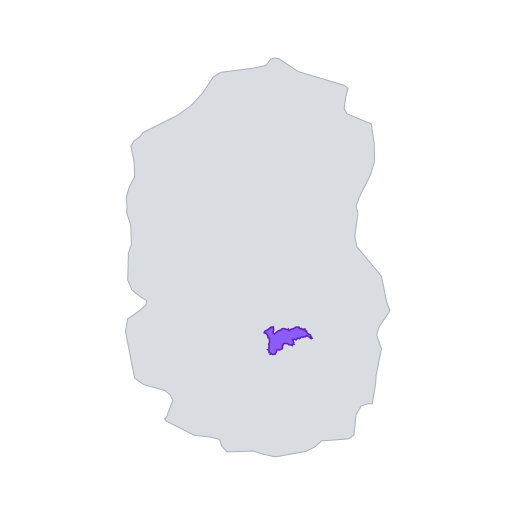 Krushevo, Kruševo, North Macedonia (highlighted), rotated 283°
{"feature_id": "65306769B95473368394754", "entity_name": "Krushevo", "entity_type": "district", "adm_level": 2, "iso_a3": "MKD", "parent_name": "North Macedonia", "parent_adm1": "Kruševo", "projection": "natural_earth1", "projection_center": [21.252, 41.35], "detail": "fine", "context": "in_parent", "style": "filled", "palette": "violet", "viewbox_px": 512, "rotation_deg": 283, "n_neighbors": 0, "source": "geoboundaries", "source_scale": "gbopen_adm2", "svg_char_len": 2365}
<svg xmlns="http://www.w3.org/2000/svg" viewBox="0 0 512 512"><g transform="rotate(283 256 256)"><path d="M230.5,131.0L239.1,132.0L257.7,127.1L269.3,120.2L275.2,119.2L283.1,116.5L294.4,116.9L305.9,119.9L320.4,116.0L334.7,109.5L340.5,111.1L346.7,116.6L350.8,118.1L374.7,147.0L387.7,158.7L403.1,167.5L420.7,174.0L427.0,180.2L438.4,211.0L443.8,222.7L451.2,226.1L453.0,229.5L453.4,234.0L445.2,255.6L442.1,304.0L440.0,307.9L431.2,307.7L419.6,308.7L415.1,312.5L410.6,338.6L391.9,346.0L374.9,350.2L360.5,349.3L335.3,343.1L327.0,342.4L320.0,345.9L297.5,347.8L287.6,352.4L264.4,382.9L240.9,393.4L232.9,398.8L214.9,392.0L206.3,391.3L193.8,399.1L166.5,399.9L159.2,401.2L138.1,402.5L137.3,398.3L133.4,392.1L123.6,389.2L103.5,391.7L98.6,387.2L90.5,361.3L84.0,357.1L76.8,348.4L64.7,320.3L64.4,307.9L65.3,297.2L58.6,271.9L62.8,265.6L69.1,261.6L69.2,251.4L67.4,236.0L74.9,205.7L76.9,203.5L78.8,205.0L96.8,207.4L101.4,203.5L104.4,197.6L105.4,175.4L109.7,165.2L153.1,145.8L165.9,145.1L175.6,154.0L183.4,159.7L188.1,159.5L189.7,153.8L195.0,142.7L203.9,136.4L230.3,131.0L230.5,131.0Z" fill="#d9dde1" stroke="#a8b0b8" stroke-width="1"/><path d="M164.6,296.7L167.3,297.5L168.9,297.2L169.9,299.1L169.5,299.8L171.3,302.3L172.7,302.6L174.7,301.7L175.6,302.5L176.1,302.3L176.9,302.7L177.7,305.7L177.6,306.9L176.9,307.7L177.3,310.0L176.8,311.5L178.3,311.9L178.5,312.7L178.9,312.2L180.0,312.4L181.1,311.5L182.4,311.3L182.9,310.6L183.7,312.2L183.2,313.9L185.3,315.1L185.2,317.0L187.3,318.4L187.4,320.3L188.8,322.4L189.7,322.5L189.1,322.7L189.7,323.2L189.4,323.6L189.8,324.2L187.8,328.4L188.4,329.2L188.7,328.9L189.4,328.5L189.5,327.8L191.3,326.9L192.0,324.2L193.0,322.8L194.3,322.0L193.9,321.1L195.9,320.3L195.6,319.1L194.8,319.0L194.6,318.2L195.0,318.2L194.8,317.9L195.6,316.6L195.1,315.0L195.7,314.5L195.6,313.9L196.4,313.7L195.5,310.5L194.1,309.5L192.8,307.1L190.9,305.2L190.9,304.7L192.1,304.0L191.3,303.4L191.6,299.4L190.9,297.7L189.4,296.8L188.3,294.6L184.1,291.5L185.0,289.8L187.6,290.0L190.9,288.8L190.0,287.9L190.3,287.3L189.7,286.9L189.9,286.5L186.9,284.1L184.6,281.5L183.0,281.2L182.8,283.3L181.1,285.4L179.1,285.9L179.0,287.3L175.0,288.7L172.7,288.1L172.0,288.7L168.9,289.4L168.0,289.2L167.4,288.4L166.9,289.6L166.0,290.0L165.8,290.4L164.9,290.4L165.1,291.3L164.6,292.2L163.5,292.0L164.1,293.3L163.8,294.8L164.6,296.7Z" fill="#8b5cf6" stroke="#5b21b6" stroke-width="1.5"/></g></svg>